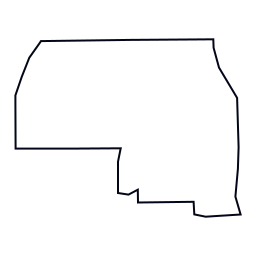 Yates, New York, United States of America
{"feature_id": "52423323B19157599393340", "entity_name": "Yates", "entity_type": "district", "adm_level": 2, "iso_a3": "USA", "parent_name": "United States of America", "parent_adm1": "New York", "projection": "robinson", "projection_center": [-77.099, 42.612], "detail": "fine", "context": "isolated", "style": "outline", "palette": "ink", "viewbox_px": 256, "rotation_deg": 0, "n_neighbors": 0, "source": "geoboundaries", "source_scale": "gbopen_adm2", "svg_char_len": 443}
<svg xmlns="http://www.w3.org/2000/svg" viewBox="0 0 256 256"><path d="M202.0,39.4L130.5,39.9L40.9,41.1L40.2,42.3L29.3,57.7L21.8,76.7L15.4,95.4L15.4,102.8L15.6,148.6L74.0,148.6L120.7,148.3L118.0,161.7L118.0,193.0L128.5,194.6L137.8,189.7L138.0,202.5L193.6,201.8L194.3,214.4L205.6,216.7L240.6,214.5L235.4,196.6L237.9,168.9L238.6,147.2L237.1,97.9L219.0,67.6L213.6,47.8L213.3,39.3L202.0,39.4Z" fill="none" stroke="#020617" stroke-width="2"/></svg>